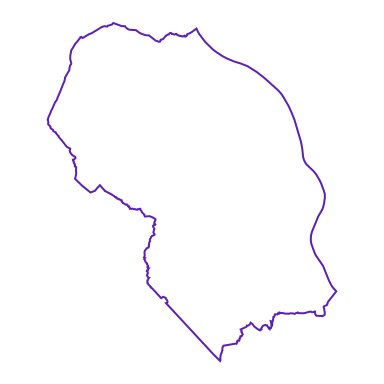 the district of Gjøvik nor, Oppland, Norway
{"feature_id": "86288312B91511415851123", "entity_name": "Gjøvik nor", "entity_type": "district", "adm_level": 2, "iso_a3": "NOR", "parent_name": "Norway", "parent_adm1": "Oppland", "projection": "orthographic", "projection_center": [10.396, 60.872], "detail": "fine", "context": "isolated", "style": "outline", "palette": "violet", "viewbox_px": 384, "rotation_deg": 0, "n_neighbors": 0, "source": "geoboundaries", "source_scale": "gbopen_adm2", "svg_char_len": 5923}
<svg xmlns="http://www.w3.org/2000/svg" viewBox="0 0 384 384"><path d="M196.4,28.6L192.0,31.9L189.5,33.4L188.6,33.6L187.2,34.3L187.0,34.6L187.1,35.2L186.3,36.1L186.0,36.0L185.3,36.6L184.8,36.5L184.7,36.0L184.3,35.7L183.6,36.2L182.2,36.5L181.0,35.9L180.2,36.2L179.8,35.7L178.3,35.5L177.5,34.7L177.0,34.7L176.3,33.9L175.7,33.9L174.6,34.6L172.2,33.8L171.8,33.9L170.9,32.9L169.9,33.1L169.1,33.8L168.7,34.5L167.9,34.5L165.9,35.7L165.7,36.2L165.3,36.4L162.9,39.2L160.9,39.7L160.9,40.1L160.4,40.4L160.1,41.5L159.0,41.8L155.6,40.6L149.0,35.4L145.6,35.2L141.2,33.7L139.3,32.7L136.1,30.2L129.3,29.7L127.7,29.0L126.5,28.0L125.3,26.9L125.0,26.2L121.7,26.1L113.2,23.0L112.0,24.5L107.8,25.8L107.1,26.6L104.8,26.2L103.6,26.4L102.6,26.9L102.3,26.7L91.7,33.2L89.2,34.1L82.6,38.0L81.4,36.9L80.5,37.2L80.6,37.5L80.5,37.8L79.3,38.8L78.0,40.7L75.1,44.0L72.6,48.3L71.5,49.9L71.2,50.7L70.3,55.7L70.2,59.0L71.3,63.4L71.1,64.2L70.1,65.5L69.5,68.0L69.3,70.2L65.0,77.6L65.0,78.5L64.1,82.2L63.6,82.9L59.8,92.5L57.6,97.5L57.0,99.5L55.7,101.5L55.0,102.3L52.3,108.8L51.4,110.3L49.8,114.3L48.9,116.2L48.2,118.0L48.2,118.8L47.7,119.5L48.3,122.1L48.2,123.7L48.1,124.2L50.4,126.5L50.6,127.2L50.4,127.7L50.8,128.5L53.0,129.8L53.4,131.2L55.7,132.4L55.6,132.7L56.6,134.0L58.4,136.1L58.7,136.2L58.8,136.9L60.0,138.5L61.5,140.0L66.8,146.9L70.2,148.6L70.1,149.7L69.7,150.4L70.2,152.5L72.3,155.2L75.2,156.9L75.5,157.9L75.1,158.6L73.7,159.6L72.9,159.7L72.9,160.3L73.6,161.3L73.5,161.5L73.9,162.0L73.9,162.7L73.8,162.9L74.3,163.3L74.3,163.6L74.8,164.1L74.7,164.3L74.8,164.6L74.7,164.8L75.1,165.4L74.8,166.0L74.8,166.4L76.2,167.1L76.0,170.2L76.2,173.7L75.5,177.2L75.0,178.7L81.8,185.4L90.5,192.5L95.0,190.8L96.7,188.6L99.9,185.2L103.7,189.5L104.4,190.0L104.7,190.9L105.1,191.2L106.2,191.5L107.0,192.1L109.7,193.3L110.3,194.0L111.5,194.3L112.2,194.9L112.3,195.1L114.1,196.0L114.8,196.9L115.6,197.0L116.0,197.2L116.0,197.6L116.7,197.7L117.2,198.6L117.6,198.5L118.5,199.2L119.0,199.1L119.8,199.7L120.8,199.8L121.2,200.3L121.6,200.3L121.9,200.9L121.8,201.3L122.0,201.6L121.8,201.8L123.0,202.8L123.0,203.1L124.5,203.8L125.5,204.6L126.9,204.5L127.3,205.2L127.7,205.3L127.7,205.7L128.1,206.3L129.0,206.3L129.1,206.6L129.0,207.1L129.6,207.4L129.6,207.8L129.7,208.1L129.7,208.4L129.9,208.8L130.5,208.5L131.6,208.9L132.4,208.6L133.8,209.2L135.2,209.1L135.9,209.5L137.3,209.7L137.9,209.1L138.7,209.3L140.2,208.7L140.4,208.9L140.2,209.5L141.6,211.2L141.8,212.2L144.1,214.4L144.4,214.9L144.3,215.4L144.9,216.5L149.7,216.2L153.0,217.6L155.5,219.2L155.4,220.2L154.6,221.5L154.6,222.2L154.2,222.8L154.3,223.5L154.9,223.9L155.3,224.5L154.8,225.1L153.7,225.1L153.0,225.9L153.1,226.6L154.3,228.7L153.4,232.4L153.7,233.0L154.6,234.2L154.5,234.9L152.1,235.9L152.0,236.2L151.2,236.9L150.6,238.3L149.9,239.5L149.8,240.3L150.0,241.0L149.8,241.1L149.8,241.6L149.2,242.6L149.1,243.9L148.9,244.2L149.0,245.0L148.8,245.7L149.0,246.3L148.5,246.9L148.5,247.5L146.6,248.3L146.5,248.7L145.0,250.5L144.6,251.4L144.6,252.3L144.5,253.1L144.7,255.8L144.0,257.6L145.0,258.0L144.4,258.7L144.3,259.4L144.9,259.9L145.1,260.7L145.3,261.0L145.3,261.5L145.8,262.2L146.3,262.9L147.0,263.3L147.1,263.6L146.9,263.9L147.0,264.3L148.0,265.6L147.9,265.9L148.1,266.5L147.5,266.8L147.4,267.3L147.5,267.7L147.9,268.2L148.6,268.3L148.3,268.6L148.4,269.0L148.1,269.9L147.3,270.2L147.4,270.6L146.8,271.0L146.9,271.4L147.6,271.9L147.9,273.2L147.5,273.8L147.5,274.2L146.9,275.1L146.9,275.4L147.8,276.6L147.7,277.0L147.9,277.3L148.9,277.8L148.4,278.1L148.5,278.6L148.2,279.3L148.1,279.8L147.4,280.4L147.5,281.5L147.4,281.7L147.4,282.5L147.7,282.8L147.5,283.4L150.2,286.3L150.5,287.0L151.1,287.1L151.4,288.1L152.1,288.3L161.2,298.2L163.1,296.8L165.6,297.8L165.9,298.8L167.3,300.5L167.4,301.7L167.5,302.4L167.2,302.7L166.0,303.1L213.5,354.4L220.1,361.0L220.4,360.4L220.3,359.9L220.5,359.4L220.2,358.2L220.4,357.8L220.3,357.3L220.6,355.9L220.5,355.6L220.9,354.7L220.9,354.1L221.4,353.3L221.4,352.9L221.7,352.5L221.9,351.2L222.4,350.5L222.4,347.5L223.3,346.3L223.4,345.7L235.8,343.6L236.5,343.8L237.3,342.2L237.0,341.5L237.1,341.3L238.0,340.5L239.2,340.7L239.3,340.5L239.6,339.8L239.4,339.2L239.5,338.6L239.6,338.3L240.1,338.1L240.4,337.5L240.2,336.9L240.4,336.2L241.7,336.1L242.0,335.4L242.8,334.4L241.4,332.1L241.8,331.9L241.6,331.1L241.6,330.6L240.7,329.4L246.1,327.0L246.7,326.5L246.8,325.6L247.9,325.6L248.7,325.3L249.6,324.7L250.7,322.7L252.7,324.3L254.0,326.3L258.2,329.5L259.9,330.3L260.2,329.6L261.0,329.7L261.5,329.3L261.1,328.7L262.9,325.8L265.4,324.9L266.2,325.5L266.9,325.3L268.1,327.2L268.7,327.3L268.7,328.3L269.5,329.0L269.5,328.4L269.9,327.9L270.3,327.8L270.7,328.2L271.0,328.0L271.1,327.5L272.2,325.0L272.2,324.1L271.7,324.3L271.9,323.7L271.3,323.6L271.4,322.9L271.8,322.6L272.2,322.9L272.3,322.5L272.1,322.4L272.0,322.0L271.0,322.2L270.7,321.1L271.8,321.4L272.8,321.0L273.4,317.6L273.3,317.1L274.1,316.9L274.7,315.2L274.7,314.6L275.0,314.3L277.4,314.4L278.1,313.2L278.3,313.5L279.0,313.7L279.8,312.6L280.2,313.0L283.2,313.1L284.8,313.6L289.3,313.7L290.2,313.3L292.1,313.3L294.7,313.9L295.5,313.3L297.7,312.5L297.9,313.0L298.2,313.1L303.1,313.3L305.0,313.0L308.8,311.9L310.9,311.6L311.9,312.2L313.3,312.1L314.8,311.5L315.0,311.5L315.2,314.2L316.3,315.7L322.4,316.1L324.6,314.9L324.8,312.9L324.1,308.5L323.6,307.2L323.7,306.7L324.3,306.0L326.2,305.4L327.1,304.8L327.8,302.3L328.2,301.6L336.3,291.3L332.9,287.5L331.5,285.6L329.0,280.7L323.0,265.8L315.9,255.5L314.4,252.3L311.3,243.7L310.9,241.1L310.8,239.1L311.0,235.5L312.0,231.6L318.2,216.5L322.5,209.1L323.3,206.7L324.1,203.0L324.8,198.1L324.8,193.9L323.5,189.8L321.2,183.6L319.6,180.2L316.2,174.5L313.7,171.3L306.2,164.1L305.1,162.3L304.0,160.0L303.1,157.0L302.4,149.8L301.5,144.5L300.7,140.9L294.5,119.9L291.1,111.5L288.6,106.0L283.1,96.6L281.8,94.6L279.7,92.0L277.0,89.3L263.6,77.3L256.7,72.0L247.6,66.2L241.0,63.6L234.2,61.5L227.4,58.7L222.6,56.2L216.5,52.2L212.9,49.5L205.2,41.9L199.0,33.8L196.4,28.6Z" fill="none" stroke="#5b21b6" stroke-width="2"/></svg>